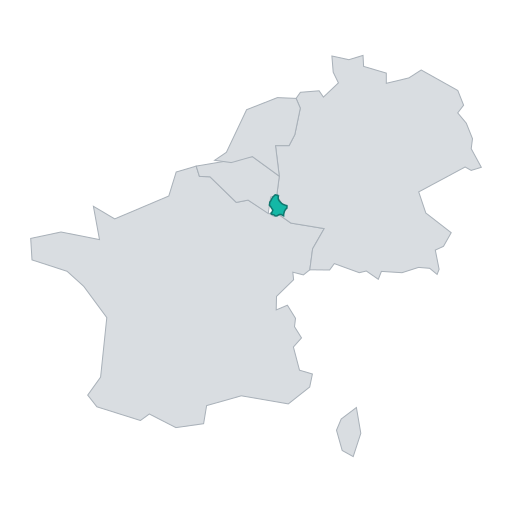 Luxembourg highlighted among its neighbors
{"feature_id": "LUX", "entity_name": "Luxembourg", "entity_type": "country or territory", "adm_level": 0, "iso_a3": "LUX", "parent_name": "Europe", "parent_adm1": "", "projection": "natural_earth1", "projection_center": [6.062, 49.806], "detail": "fine", "context": "with_neighbors", "style": "filled", "palette": "teal", "viewbox_px": 512, "rotation_deg": 0, "n_neighbors": 4, "source": "natural_earth", "source_scale": "50m", "svg_char_len": 2453}
<svg xmlns="http://www.w3.org/2000/svg" viewBox="0 0 512 512"><path d="M280.0,215.4L290.9,223.1L324.2,228.6L312.6,248.8L309.8,269.8L303.4,274.9L292.8,272.2L293.6,279.7L276.5,296.4L276.2,309.9L287.4,305.2L295.5,318.3L294.5,326.7L301.5,337.9L293.4,347.0L299.5,370.2L312.4,374.0L309.7,387.0L288.3,403.9L241.3,395.8L206.6,405.6L203.6,423.7L175.9,427.6L149.3,414.0L140.4,420.5L96.9,406.8L87.7,395.1L100.6,377.1L106.8,317.6L83.7,286.3L67.1,271.3L32.0,259.9L30.7,238.4L61.0,232.0L99.5,239.6L93.4,206.3L114.7,218.9L168.8,196.0L176.2,172.0L196.2,166.1L199.4,176.4L210.0,176.8L236.3,202.4L248.1,200.1L273.3,216.1L280.0,215.4ZM341.2,419.0L356.4,407.5L360.8,433.3L353.2,456.6L342.2,450.5L336.5,430.2L341.2,419.0Z" fill="#d9dde1" stroke="#a8b0b8" stroke-width="1"/><path d="M457.8,90.5L463.6,105.2L457.7,112.9L466.3,123.2L472.5,138.7L471.2,148.7L481.3,167.3L471.2,170.4L465.1,167.0L418.7,191.9L425.8,213.0L451.2,232.7L443.5,246.3L435.3,250.1L439.1,269.3L437.1,274.4L429.7,268.3L418.5,267.4L402.0,272.7L381.4,271.4L378.3,279.3L366.3,271.0L359.3,272.7L334.3,263.6L329.6,270.0L309.8,269.8L312.6,248.8L324.2,228.6L290.9,223.1L280.0,215.4L281.3,202.6L276.7,195.9L279.3,176.2L275.5,145.6L289.1,145.6L294.8,134.7L300.3,108.2L296.1,98.4L300.4,92.3L319.1,90.8L323.4,97.1L338.4,82.9L333.2,72.2L331.9,56.0L348.8,59.7L363.0,55.4L363.6,66.4L386.3,73.1L386.3,83.3L408.9,77.9L421.2,70.0L457.8,90.5Z" fill="#d9dde1" stroke="#a8b0b8" stroke-width="1"/><path d="M279.3,176.2L276.7,195.9L270.7,197.0L268.2,213.5L248.1,200.1L236.3,202.4L210.0,176.8L199.4,176.4L196.2,166.1L252.4,156.6L279.3,176.2Z" fill="#d9dde1" stroke="#a8b0b8" stroke-width="1"/><path d="M296.1,98.4L300.3,108.2L294.8,134.7L289.1,145.6L275.5,145.6L279.3,176.2L252.4,156.6L231.2,162.6L214.6,160.3L226.4,152.3L246.6,109.7L277.4,97.6L296.1,98.4Z" fill="#d9dde1" stroke="#a8b0b8" stroke-width="1"/><path d="M278.4,196.1L278.2,196.9L278.2,198.7L278.9,200.4L280.4,202.2L281.6,203.4L283.2,204.4L285.8,205.4L286.9,205.6L287.0,206.9L286.8,208.3L285.9,209.0L285.1,210.1L284.4,211.4L283.7,214.0L283.6,215.8L282.1,215.0L281.3,214.5L279.9,214.4L278.5,214.8L277.4,215.7L276.0,216.0L274.8,215.7L274.1,215.0L273.4,214.7L271.6,214.2L270.9,213.2L271.5,212.8L272.0,212.1L272.4,211.1L272.9,210.1L271.2,207.6L270.8,206.8L269.4,205.3L269.4,204.6L269.7,203.9L269.6,203.3L269.8,202.1L270.8,200.8L271.5,199.3L272.6,197.3L275.2,194.8L277.0,195.2L277.7,195.2L278.2,196.1L278.4,196.1Z" fill="#14b8a6" stroke="#0f766e" stroke-width="1.5"/></svg>